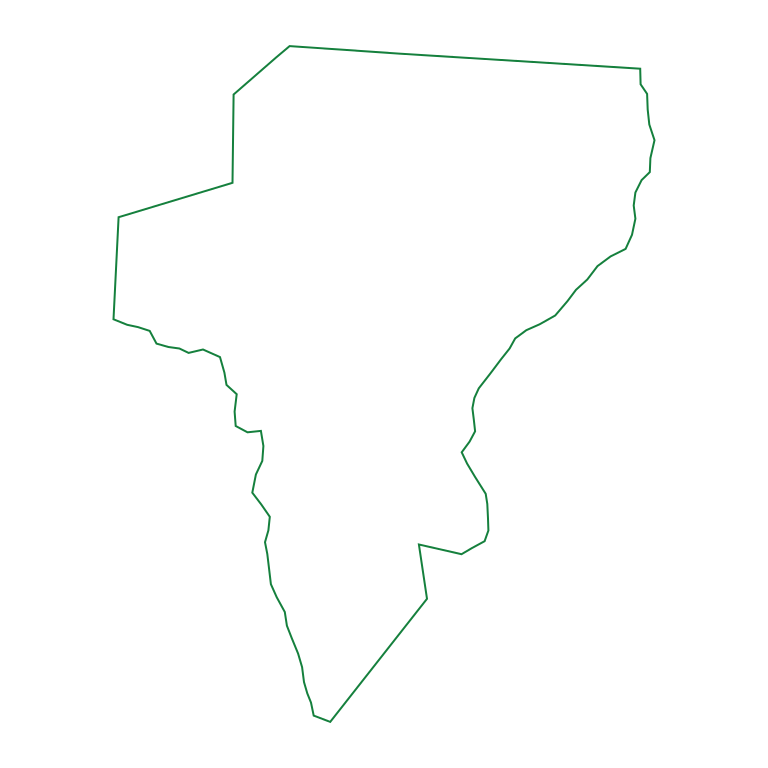 São Bentinho, Paraíba, Brazil (Albers equal-area conic projection)
{"feature_id": "56859067B58032123242731", "entity_name": "São Bentinho", "entity_type": "district", "adm_level": 2, "iso_a3": "BRA", "parent_name": "Brazil", "parent_adm1": "Paraíba", "projection": "albers", "projection_center": [-37.703, -6.898], "detail": "fine", "context": "isolated", "style": "outline", "palette": "green", "viewbox_px": 768, "rotation_deg": 0, "n_neighbors": 0, "source": "geoboundaries", "source_scale": "gbopen_adm2", "svg_char_len": 1200}
<svg xmlns="http://www.w3.org/2000/svg" viewBox="0 0 768 768"><path d="M427.0,598.8L418.9,544.5L461.5,554.2L471.9,548.1L484.6,541.2L488.4,530.5L488.0,518.5L487.3,504.0L485.7,493.8L475.1,477.0L467.1,463.6L461.7,452.3L469.6,441.6L475.1,431.3L473.8,419.5L472.4,408.2L474.4,397.9L478.8,388.3L490.1,373.8L501.1,359.2L509.6,348.5L515.2,338.4L526.3,330.2L539.6,324.3L555.2,315.5L567.5,301.1L576.0,289.8L587.3,279.5L597.5,266.1L610.6,256.4L625.6,248.9L632.0,234.8L635.4,218.7L633.7,205.5L635.4,192.5L641.6,180.1L649.8,172.1L650.4,158.1L654.5,140.2L649.3,124.5L647.7,109.6L647.1,93.9L640.6,84.3L640.2,68.7L398.7,53.6L289.6,46.1L276.2,57.4L233.6,94.5L232.5,182.8L118.6,217.2L113.5,319.3L127.2,324.8L138.0,327.1L149.7,330.9L156.5,343.6L168.4,347.0L179.4,348.5L188.6,352.9L203.0,349.5L220.0,357.1L224.4,372.6L226.5,384.9L236.7,394.2L234.6,411.6L235.7,426.0L247.5,432.3L260.9,430.9L263.4,446.0L262.3,460.9L255.9,474.5L252.3,492.7L261.3,504.5L269.8,516.8L268.4,530.3L265.0,542.2L267.3,554.0L268.8,566.5L270.9,584.2L276.7,597.2L284.8,612.0L286.9,625.7L291.7,638.0L298.1,653.6L302.1,667.2L304.0,682.1L307.3,693.4L311.0,702.6L313.7,715.6L330.2,721.9L427.0,598.8Z" fill="none" stroke="#15803d" stroke-width="2"/></svg>